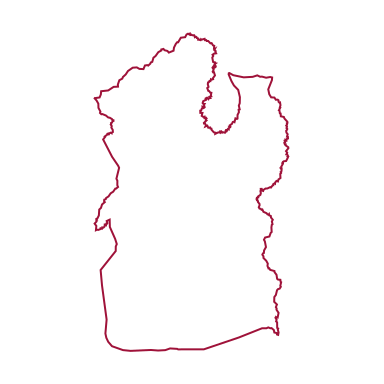 outline of Kranuan, Khon Kaen, Thailand, rotated 353°
{"feature_id": "78962969B2173089266466", "entity_name": "Kranuan", "entity_type": "district", "adm_level": 2, "iso_a3": "THA", "parent_name": "Thailand", "parent_adm1": "Khon Kaen", "projection": "mercator", "projection_center": [103.114, 16.767], "detail": "fine", "context": "isolated", "style": "outline", "palette": "rose", "viewbox_px": 384, "rotation_deg": 353, "n_neighbors": 0, "source": "geoboundaries", "source_scale": "gbopen_adm2", "svg_char_len": 6004}
<svg xmlns="http://www.w3.org/2000/svg" viewBox="0 0 384 384"><g transform="rotate(353 192 192)"><path d="M261.7,327.0L263.2,322.5L261.5,319.1L261.8,317.9L261.2,316.5L262.6,314.0L260.2,311.0L260.9,306.3L262.7,304.4L264.4,299.9L265.5,298.9L267.2,298.6L268.6,296.9L268.2,295.9L269.5,292.4L269.0,292.0L269.0,289.9L266.7,289.4L265.9,288.5L265.8,284.5L264.2,281.7L264.2,280.5L260.1,278.8L259.4,277.1L258.6,277.2L257.9,274.5L258.5,272.3L257.3,269.3L254.9,266.2L255.1,264.5L254.2,262.8L254.9,261.6L255.9,261.3L256.4,258.8L258.7,255.7L258.3,249.9L257.6,248.2L259.0,246.1L263.4,245.6L265.1,242.2L266.2,241.4L266.5,236.8L267.2,234.3L268.0,233.8L267.7,231.0L268.8,229.4L267.3,227.0L267.3,225.4L265.8,224.6L265.7,223.4L265.2,223.9L264.2,223.4L263.4,222.1L260.5,220.4L259.7,217.9L258.8,218.1L258.1,217.0L257.0,216.7L256.4,215.3L257.5,213.3L257.5,211.9L256.3,210.1L256.4,209.1L255.5,208.2L255.9,207.3L255.2,206.8L255.7,205.6L257.1,205.4L257.0,204.5L259.5,203.2L260.2,201.5L260.0,199.4L260.5,199.0L260.6,197.3L261.6,197.4L262.0,199.3L262.7,199.6L263.0,198.2L263.1,198.7L265.4,197.5L267.2,197.7L270.2,196.7L270.9,197.2L273.1,195.0L273.5,195.1L273.7,194.0L274.9,193.5L275.4,193.9L275.7,192.7L277.2,191.3L278.6,192.0L279.3,190.1L281.5,188.9L281.8,184.8L282.7,184.1L282.5,183.0L283.1,182.8L283.7,180.8L282.9,179.2L283.8,179.1L283.6,177.9L285.3,175.6L285.1,174.6L285.8,174.6L285.9,173.2L286.9,172.7L289.2,172.7L291.4,169.4L291.1,168.5L291.8,168.3L291.1,166.3L290.3,166.1L291.3,164.6L290.3,162.9L293.0,160.3L293.0,159.3L290.7,157.2L290.8,156.2L290.0,156.1L289.6,154.5L290.4,154.1L290.2,152.5L291.3,152.6L291.2,151.9L292.0,152.4L292.3,151.0L293.8,150.6L293.9,149.0L293.0,148.7L294.0,146.3L293.0,144.6L292.9,142.8L294.1,141.5L294.2,140.6L293.6,140.1L294.3,138.4L293.6,137.6L294.6,136.4L294.5,135.3L295.2,135.0L295.2,133.9L292.7,130.3L292.3,128.7L289.4,127.7L289.5,124.9L288.8,124.6L288.7,121.6L288.3,121.4L289.8,119.2L289.4,119.0L290.4,116.6L290.3,114.0L289.8,114.2L288.9,113.0L289.0,111.5L288.3,110.8L286.4,110.6L285.3,108.3L282.1,107.7L280.6,104.4L280.2,99.4L285.0,90.6L285.5,88.1L283.6,87.4L279.5,87.6L275.5,86.0L273.7,85.9L271.0,84.2L266.3,85.1L257.3,84.5L247.2,81.1L243.6,78.5L243.0,78.6L242.7,79.7L244.7,86.8L246.6,91.4L250.3,96.3L251.1,103.7L250.2,109.7L249.0,112.0L249.4,115.8L248.3,116.0L248.3,118.5L246.6,121.0L246.1,124.7L245.5,125.0L244.1,124.2L242.7,127.8L242.1,127.3L241.0,127.5L240.0,129.2L237.7,130.4L238.0,131.5L237.0,131.6L237.5,132.5L236.2,133.1L236.1,134.4L235.1,134.0L233.9,135.8L233.5,135.6L233.9,134.7L233.3,134.6L232.8,135.4L233.4,135.9L232.0,137.2L229.9,136.4L229.3,136.7L228.6,135.6L227.7,136.6L227.3,135.9L227.8,135.4L227.3,135.2L226.7,136.4L225.4,136.0L222.2,137.1L222.5,136.0L220.9,135.4L219.0,132.6L219.0,131.5L218.0,131.2L217.9,130.2L216.0,130.2L215.3,128.0L213.3,128.6L214.0,127.4L213.2,125.5L212.3,125.5L212.2,124.9L215.0,122.8L214.4,122.4L214.5,121.4L215.4,120.8L214.9,119.9L213.4,120.0L213.6,118.7L212.3,118.8L210.9,117.6L212.0,114.8L209.9,114.5L210.1,112.3L211.0,112.3L211.9,110.4L212.8,110.1L212.8,108.5L213.8,108.9L214.1,109.9L214.9,109.4L214.5,107.0L215.2,106.1L213.9,105.8L213.4,105.0L214.2,103.2L217.3,102.2L217.6,101.3L216.8,101.2L216.9,100.8L218.4,100.2L219.6,101.7L219.9,101.0L221.6,101.0L221.0,99.6L222.8,99.4L222.5,98.4L223.3,95.9L222.2,95.6L221.4,94.0L220.5,93.6L219.8,90.7L221.2,89.7L220.8,86.9L221.3,85.2L222.1,85.1L222.8,84.0L223.8,84.2L224.5,82.4L225.2,82.9L226.7,82.6L226.6,81.6L229.0,79.1L228.4,75.8L227.5,75.8L227.2,75.1L228.4,73.3L227.5,71.1L228.4,70.1L229.2,71.5L230.6,70.8L230.9,70.1L230.4,69.0L229.8,69.1L229.8,68.0L231.2,67.2L230.6,67.0L230.7,66.2L228.8,65.5L228.5,61.1L229.7,59.5L229.1,58.3L230.6,57.4L232.8,57.3L232.3,55.9L232.7,55.1L231.5,53.9L232.2,52.8L231.6,53.1L231.2,52.7L231.9,49.6L230.7,49.0L229.6,46.6L228.4,46.7L226.5,44.1L225.0,43.9L224.7,43.0L223.4,42.9L223.2,41.5L219.9,42.0L219.5,41.5L219.0,42.3L218.1,41.8L218.3,42.4L217.6,41.5L216.7,41.6L216.6,40.2L215.6,39.8L215.3,38.7L214.7,38.3L213.7,38.7L213.3,36.7L211.5,36.5L210.2,35.5L210.1,36.0L209.4,36.0L208.6,35.3L208.8,34.6L207.9,34.9L207.3,34.4L205.8,35.0L204.1,37.5L199.7,37.5L196.5,41.7L195.6,41.5L194.0,43.0L191.7,46.5L190.9,49.5L186.0,50.8L184.8,49.0L182.0,47.9L181.1,46.5L178.9,46.8L178.8,47.8L175.6,49.1L172.4,52.6L170.1,54.0L168.4,58.0L166.9,58.4L166.2,59.6L163.9,61.2L163.1,60.6L160.7,60.7L158.8,64.1L154.8,63.4L152.4,61.6L148.3,61.4L143.2,64.1L140.5,67.3L137.5,69.4L136.6,71.0L133.5,72.2L131.5,76.3L131.4,78.4L127.0,78.1L121.2,81.0L114.1,80.9L113.4,84.1L111.8,86.9L107.0,87.0L106.3,86.5L108.4,89.5L109.8,92.9L109.4,97.1L110.9,101.0L110.3,102.3L111.5,103.8L112.5,103.7L115.9,105.6L117.9,107.8L119.5,108.3L121.5,109.9L121.6,110.7L122.8,111.2L122.7,111.9L121.9,111.9L121.0,113.4L120.0,113.7L120.0,114.9L119.6,115.2L120.4,116.8L119.8,118.2L120.9,120.7L120.8,122.8L119.5,123.3L119.4,123.9L118.4,123.2L117.2,123.7L116.5,124.7L115.6,124.6L115.7,123.8L115.1,123.9L114.9,124.7L112.1,126.3L112.4,126.8L110.2,129.0L117.0,147.4L121.9,156.9L122.6,159.1L118.6,169.6L119.3,171.7L118.7,176.2L119.2,178.0L117.0,179.4L116.3,179.3L113.8,182.1L111.1,183.4L108.6,186.2L106.0,187.5L105.5,188.6L104.0,188.9L103.6,190.4L104.2,191.4L101.2,193.4L99.7,196.7L97.8,198.1L96.7,203.9L95.0,206.5L93.8,207.1L94.2,208.1L93.6,208.3L93.7,209.6L91.5,211.5L92.9,214.0L92.0,218.2L93.1,217.8L94.3,218.2L96.8,217.6L96.9,216.9L98.2,217.4L98.6,216.2L99.7,216.6L101.0,215.6L101.4,213.8L102.6,214.5L103.0,213.0L103.8,213.1L104.2,212.5L103.8,210.4L106.9,209.4L106.2,216.7L110.0,229.2L111.0,234.5L109.7,236.8L109.1,241.3L91.8,258.3L91.3,273.8L91.7,308.2L88.8,321.9L89.2,326.3L90.6,330.5L93.8,335.3L104.2,340.5L111.7,342.2L132.0,343.8L139.0,345.2L146.2,345.7L151.2,344.6L158.2,345.9L159.0,346.5L184.6,349.6L220.8,342.1L244.9,335.8L249.3,336.3L251.2,335.7L253.2,336.8L254.4,336.8L256.4,339.0L256.6,341.5L258.9,342.3L259.0,343.8L260.1,344.3L260.8,342.0L260.4,339.0L260.9,338.0L260.0,337.3L260.6,331.7L259.7,330.7L260.4,329.1L259.5,327.0L259.9,326.5L260.2,327.2L261.1,326.6L261.7,327.0Z" fill="none" stroke="#9f1239" stroke-width="2"/></g></svg>